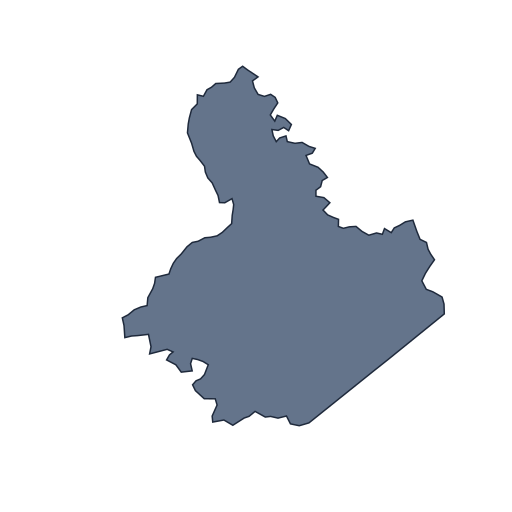 Arapuã, Paraná, Brazil (Robinson projection), rotated 330°
{"feature_id": "56859067B42065519789749", "entity_name": "Arapuã", "entity_type": "district", "adm_level": 2, "iso_a3": "BRA", "parent_name": "Brazil", "parent_adm1": "Paraná", "projection": "robinson", "projection_center": [-51.814, -24.328], "detail": "fine", "context": "isolated", "style": "filled", "palette": "slate", "viewbox_px": 512, "rotation_deg": 330, "n_neighbors": 0, "source": "geoboundaries", "source_scale": "gbopen_adm2", "svg_char_len": 2198}
<svg xmlns="http://www.w3.org/2000/svg" viewBox="0 0 512 512"><g transform="rotate(330 256 256)"><path d="M347.3,101.9L341.8,90.8L339.3,85.0L334.1,85.5L326.7,90.5L320.6,92.5L315.2,90.5L307.4,86.5L301.8,87.6L296.7,87.5L290.3,91.4L285.8,87.1L281.2,94.9L273.4,97.0L267.4,103.0L263.4,107.7L258.2,115.1L256.6,126.2L254.6,134.3L254.3,139.9L255.3,145.1L256.3,152.5L254.1,158.0L253.3,164.3L254.6,170.8L253.8,179.0L253.4,184.6L251.1,191.5L255.6,194.3L263.9,194.3L262.4,200.3L259.4,204.4L255.8,208.8L251.1,215.8L245.5,217.0L238.6,218.7L232.4,219.1L225.9,217.0L220.8,214.6L213.3,214.3L207.6,212.4L200.9,213.5L192.2,216.9L186.0,218.5L180.7,221.0L175.7,224.5L171.6,228.1L158.3,224.2L154.5,229.0L150.2,232.7L141.5,238.0L136.9,244.5L130.8,242.6L123.7,241.7L115.9,243.0L109.3,242.7L106.9,250.3L101.6,261.1L108.3,263.1L113.6,265.7L123.7,270.1L119.7,282.1L114.9,287.6L132.4,292.4L136.2,297.6L131.6,298.4L126.6,301.3L132.2,310.1L133.2,319.2L143.3,323.6L145.5,316.5L149.6,312.8L153.8,316.6L157.4,320.9L160.3,326.3L152.1,332.9L146.5,334.7L141.7,334.1L136.7,335.8L136.2,342.3L139.8,353.7L149.3,359.3L147.8,365.6L138.0,372.7L135.5,378.2L146.2,382.0L151.3,391.0L164.8,390.4L169.8,391.4L177.5,390.1L183.5,400.1L188.4,402.2L194.0,407.4L202.4,409.8L201.9,418.6L208.6,424.6L218.4,427.0L300.9,414.3L318.5,411.7L390.1,400.3L394.8,391.6L396.6,384.6L391.3,375.5L386.8,370.0L387.2,360.4L394.1,355.7L401.3,351.9L408.7,348.5L408.2,341.6L408.4,336.2L410.4,329.5L406.4,323.6L407.6,315.1L409.8,303.4L402.4,301.1L395.8,301.3L389.8,300.8L384.8,303.4L381.0,296.5L376.3,300.4L371.9,296.3L364.1,294.4L360.1,287.7L357.4,280.4L351.4,277.4L345.5,275.7L342.1,271.6L345.8,265.5L342.3,261.3L338.6,256.2L337.0,249.7L346.6,246.8L344.0,239.4L337.8,234.2L340.8,229.0L346.6,228.3L351.1,223.7L357.1,223.7L356.2,216.9L354.1,210.2L348.4,203.0L349.6,193.9L356.2,195.1L361.1,192.4L356.7,187.6L352.7,180.7L346.1,177.9L340.3,172.6L342.0,167.0L335.5,165.6L330.7,167.1L331.0,160.6L333.0,154.4L338.0,158.3L344.3,158.5L346.9,163.8L352.4,159.8L350.1,151.6L344.8,144.8L339.7,148.6L338.9,141.0L345.0,137.5L351.4,134.3L351.9,128.2L349.5,123.3L343.1,122.0L338.6,117.1L338.6,109.5L340.5,102.6L347.3,101.9Z" fill="#64748b" stroke="#1e293b" stroke-width="1.5"/></g></svg>